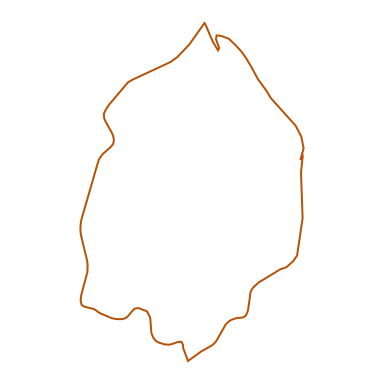 SVG path tracing the border of Pomeroon-Supenaam
{"feature_id": "GUY-680", "entity_name": "Pomeroon-Supenaam", "entity_type": "Region", "adm_level": 1, "iso_a3": "GUY", "parent_name": "Guyana", "parent_adm1": "", "projection": "robinson", "projection_center": [-58.872, 7.19], "detail": "fine", "context": "isolated", "style": "outline", "palette": "amber", "viewbox_px": 384, "rotation_deg": 0, "n_neighbors": 0, "source": "natural_earth", "source_scale": "10m", "svg_char_len": 1373}
<svg xmlns="http://www.w3.org/2000/svg" viewBox="0 0 384 384"><path d="M204.5,23.0L205.2,24.0L212.9,41.9L218.0,50.3L219.2,48.0L216.0,39.3L216.6,35.4L220.9,35.8L228.7,38.7L235.3,44.9L241.3,51.4L246.4,58.6L251.6,67.4L258.1,79.4L266.1,90.3L271.0,98.3L295.6,125.7L301.3,136.6L303.6,148.4L300.4,159.9L302.6,157.2L301.0,172.5L302.6,218.1L297.1,255.5L293.2,261.2L286.3,267.3L280.3,269.3L258.9,282.3L253.2,287.4L250.6,291.8L248.2,309.2L247.4,312.2L245.8,315.5L243.7,317.2L240.6,317.8L236.8,318.0L231.2,319.9L228.0,322.1L225.4,325.0L216.2,341.2L213.6,344.0L211.3,345.8L201.4,351.3L188.0,361.0L183.1,347.8L183.0,345.0L181.5,341.9L178.8,341.8L176.3,342.5L172.4,343.9L170.7,344.4L168.8,344.7L164.1,344.3L158.4,342.4L155.7,340.7L153.3,337.7L151.4,333.1L150.3,318.7L149.9,316.8L146.9,311.3L138.5,308.1L134.9,308.5L133.0,310.2L127.2,317.0L125.5,318.1L123.7,318.7L121.9,319.1L119.9,319.2L115.8,319.0L112.0,318.3L100.7,313.5L99.0,312.6L95.5,310.0L93.8,309.0L86.0,307.1L83.9,306.4L81.7,304.9L80.6,300.7L81.3,294.8L87.4,272.2L87.6,264.9L87.2,261.0L80.9,234.8L80.4,229.9L80.6,224.9L81.3,219.9L98.7,159.9L100.5,157.0L103.0,153.8L111.0,146.7L113.3,143.7L113.8,140.3L113.5,137.5L112.7,134.8L111.5,132.1L105.6,121.7L104.5,119.2L104.0,116.6L103.8,113.8L105.8,109.6L109.3,104.4L127.9,82.4L132.5,79.7L170.7,61.9L177.3,57.1L189.3,44.5L204.5,23.0Z" fill="none" stroke="#b45309" stroke-width="2"/></svg>